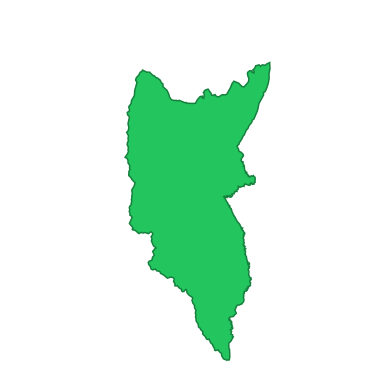 Mueang Phayao, Phayao, Thailand, rotated 19°
{"feature_id": "78962969B45148719558135", "entity_name": "Mueang Phayao", "entity_type": "district", "adm_level": 2, "iso_a3": "THA", "parent_name": "Thailand", "parent_adm1": "Phayao", "projection": "albers", "projection_center": [99.913, 19.151], "detail": "fine", "context": "isolated", "style": "filled", "palette": "green", "viewbox_px": 384, "rotation_deg": 19, "n_neighbors": 0, "source": "geoboundaries", "source_scale": "gbopen_adm2", "svg_char_len": 6096}
<svg xmlns="http://www.w3.org/2000/svg" viewBox="0 0 384 384"><g transform="rotate(19 192 192)"><path d="M247.8,161.4L247.8,159.7L246.7,157.5L245.4,157.3L244.8,156.5L244.0,157.4L243.1,157.3L242.5,157.7L242.3,158.5L240.7,159.1L240.3,159.0L240.3,158.1L239.6,158.1L239.6,157.7L238.7,157.3L238.1,157.3L237.8,156.6L236.8,156.6L237.0,156.2L236.4,155.8L236.8,155.5L236.1,155.4L234.4,153.7L233.3,151.1L232.7,151.0L233.0,150.8L232.8,150.2L230.6,148.1L230.8,147.2L230.2,146.8L229.0,147.2L228.0,146.1L228.3,145.6L227.7,144.2L228.3,143.2L228.3,142.1L228.7,141.9L228.4,141.3L228.8,140.8L228.1,139.7L226.4,139.1L226.1,138.6L223.1,138.1L222.0,136.3L219.6,134.0L220.9,131.2L220.6,130.6L221.8,125.9L222.1,122.7L222.8,121.1L223.2,116.0L224.3,113.3L224.2,111.2L225.8,106.8L225.7,104.5L226.8,102.7L227.4,93.4L226.5,86.3L228.1,77.2L227.3,74.6L228.5,73.2L228.8,69.7L228.7,64.5L228.0,59.7L226.3,55.1L225.6,50.1L223.3,44.3L221.0,46.6L220.2,48.2L217.1,48.9L215.9,50.8L214.1,49.9L211.2,51.9L210.9,54.8L209.9,56.5L211.6,58.0L211.8,59.3L209.7,59.2L209.5,58.1L207.9,58.2L207.0,58.7L205.7,60.7L205.9,62.2L207.4,64.6L208.9,66.1L209.5,69.7L207.0,75.7L204.9,76.0L200.7,73.9L195.5,73.6L194.6,76.4L194.4,80.8L193.1,88.0L191.8,89.4L189.0,90.1L186.4,93.2L185.7,93.6L183.6,93.5L182.1,92.4L181.7,93.1L181.1,93.0L180.7,93.7L179.1,94.1L177.9,92.5L173.7,89.5L171.9,90.8L170.8,92.2L171.0,93.3L170.3,94.1L171.7,95.4L171.9,96.6L172.5,97.3L172.0,98.6L172.6,99.4L170.9,99.6L170.5,98.1L168.6,99.1L166.9,103.4L166.5,106.8L164.3,107.9L158.3,109.7L157.4,109.2L156.5,109.9L150.0,109.5L148.8,110.5L147.6,110.4L145.2,111.3L143.3,111.5L141.5,110.9L139.9,109.5L137.8,106.6L135.1,103.9L130.4,102.0L129.3,99.2L127.6,98.7L125.3,96.5L122.4,95.5L120.3,95.4L118.7,94.5L116.9,94.4L112.8,92.5L110.1,93.4L105.6,92.8L105.2,94.5L104.1,95.5L103.6,98.7L102.2,102.0L102.1,103.2L102.4,104.9L103.8,105.7L104.3,106.5L104.8,114.6L106.1,119.6L105.1,124.5L105.1,126.2L105.7,127.8L104.4,132.0L106.0,134.4L106.4,135.9L104.9,137.8L106.0,140.1L107.7,140.7L108.5,142.0L109.2,148.1L111.4,151.9L111.7,154.9L110.8,156.9L113.6,159.5L114.1,162.4L115.2,164.3L114.9,166.1L115.2,168.2L117.4,170.7L117.8,173.1L118.7,174.3L118.5,177.1L117.4,181.0L119.6,181.4L121.2,182.9L122.0,185.3L124.5,187.2L125.1,189.6L125.9,190.9L125.7,193.3L126.9,197.1L129.5,198.2L131.0,199.7L135.1,201.8L135.4,204.7L134.4,209.8L136.0,212.7L136.4,215.5L137.2,217.6L137.1,218.9L138.1,220.4L138.1,222.4L138.7,223.4L137.8,225.8L137.8,227.3L138.8,228.7L139.0,230.8L140.4,232.5L140.9,234.2L142.3,234.4L143.6,235.3L143.1,242.2L147.9,245.0L148.1,245.6L147.5,246.6L148.0,247.1L150.9,246.8L155.2,248.6L157.3,246.7L159.2,246.7L160.7,245.6L164.5,245.5L165.8,243.2L166.9,243.1L168.2,243.8L168.7,245.0L167.9,247.6L169.4,249.3L169.5,251.4L172.6,254.9L173.9,255.9L175.8,256.2L176.1,256.7L175.8,257.6L175.1,258.0L175.0,259.2L174.1,260.9L176.9,264.0L175.9,266.6L176.3,269.4L173.9,271.6L173.6,272.7L174.5,274.5L176.7,275.9L178.5,278.2L180.2,278.4L182.5,276.8L184.2,278.0L187.3,277.6L188.9,279.2L191.9,279.6L196.8,281.5L199.5,279.4L202.0,279.1L203.5,279.8L203.7,282.7L205.5,284.0L206.4,286.3L208.8,285.5L211.4,287.0L213.8,287.4L214.3,288.9L215.6,289.3L216.7,288.8L217.8,286.2L218.7,286.3L220.3,289.1L223.0,290.6L226.5,291.5L227.3,292.1L227.2,294.4L229.1,296.9L231.1,298.2L232.2,300.7L234.2,302.6L234.6,305.4L235.8,307.2L236.1,309.3L237.0,310.3L237.9,312.6L240.8,314.9L242.1,317.5L244.2,318.3L245.3,319.5L247.5,320.3L248.5,322.9L251.7,324.4L253.3,326.1L254.4,326.5L255.8,325.5L258.9,328.6L261.2,329.6L262.2,331.1L263.9,332.3L265.0,334.2L265.9,334.3L268.3,332.8L269.9,334.2L272.3,334.9L273.4,337.2L276.1,339.5L279.5,339.7L281.9,338.6L281.4,335.5L278.7,328.5L277.7,327.6L276.0,323.0L277.3,320.5L278.2,315.5L277.2,315.4L277.0,313.9L274.9,313.5L274.8,310.7L273.1,309.9L273.3,309.3L274.5,308.6L274.9,307.4L273.6,307.2L273.9,306.0L273.2,305.5L273.3,304.8L271.7,304.0L271.6,303.5L272.2,303.2L271.6,302.6L271.8,301.8L270.0,300.8L270.0,301.4L269.0,301.2L269.1,300.7L268.2,300.1L269.0,299.7L268.4,299.0L268.5,297.9L271.7,296.2L272.2,294.5L273.3,292.6L273.2,292.0L271.0,289.7L271.5,284.4L273.9,283.2L274.5,282.2L275.4,281.9L276.5,278.8L276.2,276.7L274.8,274.8L274.9,273.5L274.0,271.8L274.5,270.8L273.8,269.7L274.4,269.0L274.3,268.5L275.6,268.0L276.1,266.9L275.2,266.4L276.0,266.2L275.8,265.6L276.3,265.2L275.5,264.2L276.4,264.0L276.2,263.5L276.6,262.9L276.3,262.7L277.1,262.3L277.7,261.4L277.2,260.7L277.0,258.8L275.6,257.8L276.0,256.6L275.7,256.2L276.2,255.7L275.7,255.3L276.1,255.0L275.6,254.5L275.8,254.1L274.3,253.8L272.7,252.0L271.5,248.2L270.6,247.5L270.3,246.1L270.8,245.6L270.4,245.1L270.8,244.3L270.6,243.8L270.2,244.2L269.5,242.9L269.6,242.2L269.1,242.3L269.5,241.7L268.8,241.7L269.1,241.0L268.4,241.1L268.5,240.7L267.8,241.0L267.6,240.1L267.1,240.2L267.0,239.4L265.0,237.1L265.2,236.7L264.5,235.5L262.4,233.7L262.8,233.5L262.2,232.6L262.1,231.1L261.3,230.0L260.5,230.0L260.2,228.9L261.2,228.2L260.0,227.6L259.5,226.9L259.8,226.3L258.9,226.2L258.9,225.5L257.6,225.1L258.0,223.1L256.6,221.4L256.8,220.4L255.4,219.2L255.5,218.1L254.8,216.5L255.2,216.4L255.0,216.0L255.3,215.8L254.8,214.9L255.3,214.8L255.4,214.2L254.9,214.1L254.8,213.2L253.9,213.1L253.0,211.9L252.0,211.8L251.8,210.6L251.0,210.6L251.2,209.9L250.5,210.3L250.5,209.5L249.2,208.8L247.8,207.1L244.1,204.9L240.5,201.5L240.0,201.5L239.6,200.7L238.8,200.3L235.5,196.7L235.4,196.1L234.7,195.7L234.4,194.9L232.4,194.4L232.5,193.2L231.8,193.1L231.9,192.6L229.8,191.9L229.8,191.3L229.1,190.4L228.2,190.1L226.3,188.4L226.3,188.0L223.5,186.0L224.0,185.5L225.3,186.4L225.8,185.3L226.4,185.1L226.5,185.8L227.0,185.8L227.2,185.1L225.9,184.3L226.3,183.9L227.8,184.0L228.2,184.5L229.8,184.4L229.3,183.6L228.8,183.8L229.0,183.0L231.0,183.6L231.5,182.0L231.2,180.8L230.5,181.2L230.3,180.9L232.4,179.9L232.1,178.1L232.7,178.0L233.1,177.0L234.3,176.8L233.8,176.0L234.7,174.2L233.9,171.6L234.5,171.4L235.8,172.0L237.8,170.2L239.3,169.8L239.1,168.6L239.5,168.0L239.1,167.5L239.5,167.1L243.9,167.1L244.9,166.2L244.2,165.3L244.8,164.8L244.9,164.0L246.1,164.4L246.5,165.1L248.0,164.4L247.7,163.4L248.4,162.7L248.5,161.9L247.8,161.4Z" fill="#22c55e" stroke="#15803d" stroke-width="1.5"/></g></svg>